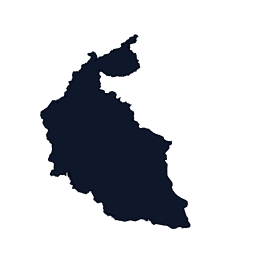 Timor Tengah Utara, Nusa Tenggara Timur, Indonesia, rotated 107°
{"feature_id": "22746128B66987763142599", "entity_name": "Timor Tengah Utara", "entity_type": "district", "adm_level": 2, "iso_a3": "IDN", "parent_name": "Indonesia", "parent_adm1": "Nusa Tenggara Timur", "projection": "robinson", "projection_center": [124.402, -9.341], "detail": "fine", "context": "isolated", "style": "filled", "palette": "ink", "viewbox_px": 256, "rotation_deg": 107, "n_neighbors": 0, "source": "geoboundaries", "source_scale": "gbopen_adm2", "svg_char_len": 5899}
<svg xmlns="http://www.w3.org/2000/svg" viewBox="0 0 256 256"><g transform="rotate(107 128 128)"><path d="M204.1,40.4L202.4,40.7L199.5,44.1L197.7,44.4L196.5,45.4L195.7,46.8L189.1,51.4L187.9,51.4L185.7,49.2L183.5,49.2L181.4,50.0L180.7,51.7L180.0,56.8L178.8,61.0L177.6,63.6L174.9,67.5L172.1,69.5L171.0,69.6L169.9,69.2L167.5,70.3L163.6,75.7L161.9,77.2L155.1,79.4L151.6,80.1L151.5,80.7L150.9,80.7L150.7,80.9L151.1,80.7L150.9,81.1L151.6,81.1L150.7,81.5L148.8,83.8L147.0,83.8L146.8,82.5L146.5,82.3L144.2,83.4L143.5,83.3L141.5,86.1L135.7,83.3L134.6,83.3L133.6,84.2L132.2,83.8L130.8,82.2L129.7,82.2L128.5,82.8L129.0,83.3L129.6,87.6L129.3,88.6L130.1,89.2L128.9,89.8L128.5,90.7L126.7,92.0L126.1,96.3L126.7,97.4L126.0,98.4L126.4,100.2L125.7,101.3L125.8,103.3L125.2,103.6L124.2,106.6L123.4,107.7L123.7,110.2L123.6,112.5L124.3,114.2L125.1,115.2L125.3,116.8L124.5,118.3L123.6,118.7L123.3,119.3L121.5,118.7L121.0,120.0L119.9,120.9L119.5,126.2L119.0,126.0L118.7,126.4L118.4,125.5L117.7,126.2L116.7,125.6L115.6,126.8L113.9,126.6L113.0,127.4L112.6,127.0L111.2,127.8L111.4,128.4L110.8,129.3L110.6,131.1L107.9,133.4L105.5,132.4L105.6,132.9L105.2,133.6L105.5,134.2L105.0,134.7L105.1,136.1L104.7,137.3L104.4,137.2L104.1,137.7L105.2,138.7L106.0,141.3L105.3,142.3L105.6,143.3L103.6,144.6L102.1,144.7L103.8,146.2L104.1,147.4L102.4,149.4L99.8,149.2L99.4,149.3L99.2,150.1L98.3,150.6L98.0,153.7L99.3,155.7L100.3,155.8L101.3,156.7L101.3,157.9L102.0,160.1L101.6,160.9L99.9,161.6L99.5,163.0L100.0,163.6L99.6,164.9L99.9,166.4L99.5,167.3L98.3,167.4L96.5,166.6L95.6,167.7L94.1,167.4L90.3,170.2L86.8,169.5L85.7,172.0L84.7,171.7L84.4,172.1L83.3,172.3L82.0,171.7L81.2,172.1L81.5,168.4L82.2,167.3L82.6,165.3L83.6,163.8L83.2,162.8L83.3,161.5L82.7,161.2L82.5,159.9L83.3,158.1L82.0,155.2L80.3,153.4L80.3,153.0L80.8,152.7L80.8,152.0L80.6,150.9L80.0,150.7L80.2,149.7L79.5,148.1L79.6,147.5L79.2,147.2L78.7,147.4L78.5,146.0L77.5,145.2L77.1,143.0L75.0,142.1L73.5,140.1L72.0,139.3L70.9,137.2L69.8,137.5L66.6,134.8L65.4,135.4L65.1,136.0L63.7,136.2L63.2,138.1L61.8,138.4L60.7,138.1L60.2,139.8L59.1,140.7L56.3,141.6L55.9,142.3L54.9,142.6L54.9,143.2L55.8,144.2L53.3,147.6L53.5,149.3L51.7,150.2L50.6,150.1L50.6,151.5L49.1,150.7L46.8,151.3L45.4,148.6L44.9,148.5L44.6,147.0L43.4,146.0L42.6,146.9L41.7,146.0L41.2,146.9L40.5,146.9L38.0,146.5L37.7,145.8L37.0,146.7L37.0,148.1L37.5,148.9L38.8,149.0L40.1,149.9L40.2,150.9L41.3,152.4L42.8,152.5L43.9,153.3L44.4,153.3L44.4,154.2L46.5,155.1L46.8,154.6L47.3,155.7L48.2,155.9L48.1,156.5L48.8,156.2L49.3,157.0L48.9,157.9L49.4,158.5L50.0,158.6L51.7,157.4L53.5,158.3L54.6,159.3L57.4,164.5L58.6,164.4L59.0,166.0L59.8,166.1L60.1,166.7L63.0,167.2L63.3,168.6L64.0,169.1L64.9,171.4L65.5,171.9L66.2,171.9L67.2,172.9L68.3,173.0L68.0,174.4L68.4,175.2L69.5,176.2L70.6,176.3L71.0,177.5L71.8,178.4L70.0,178.5L68.3,179.4L66.1,181.7L65.7,183.7L66.6,184.1L68.1,185.7L68.4,187.2L68.9,187.7L69.6,187.2L70.0,183.9L70.5,183.3L71.2,183.0L72.1,183.7L73.7,183.9L75.5,185.1L76.3,185.0L76.6,185.5L78.6,185.6L78.5,186.7L78.8,187.3L79.9,187.6L80.3,188.8L80.7,188.8L80.7,189.3L81.7,190.3L82.3,190.2L82.9,189.6L85.9,189.8L87.6,191.2L88.5,190.8L89.4,191.9L89.2,193.1L90.5,195.6L90.3,196.1L90.8,196.4L93.5,196.3L96.2,194.9L97.9,195.3L98.6,194.8L99.4,195.2L101.2,197.7L103.3,195.8L104.3,196.1L104.7,196.8L105.3,196.7L105.9,197.5L106.9,197.1L107.9,198.0L108.8,196.7L111.0,197.0L112.5,198.5L115.7,197.8L116.1,196.9L118.1,199.9L121.7,202.5L122.0,203.5L122.4,203.2L122.8,203.7L123.7,202.5L124.1,202.5L124.1,202.8L124.9,202.1L124.4,203.2L123.8,203.6L124.2,205.4L123.5,205.4L124.1,207.9L132.5,210.8L134.8,213.0L136.3,213.7L136.7,214.7L137.6,214.9L138.3,215.6L139.0,215.0L140.3,215.2L141.6,214.8L143.7,213.0L143.9,211.2L144.8,210.5L147.1,210.8L148.4,210.3L151.4,206.9L152.0,204.2L153.4,203.1L154.4,202.9L158.1,203.7L159.7,203.0L160.3,202.0L161.8,202.1L162.3,201.4L162.7,199.2L164.3,198.2L164.6,197.0L166.2,194.7L167.3,195.1L169.7,193.9L172.5,193.4L174.9,193.6L176.9,194.6L178.6,194.3L180.3,194.7L181.5,194.6L182.3,193.7L182.1,190.0L183.1,187.8L187.3,186.9L189.1,186.1L190.1,186.2L190.8,188.1L194.8,188.6L195.7,187.2L194.4,186.1L194.6,185.2L194.1,184.9L194.9,183.2L194.6,182.5L194.7,181.2L191.9,179.5L191.5,177.0L190.7,175.7L191.2,173.9L190.2,174.1L188.9,174.9L187.3,173.2L187.1,172.3L187.4,171.6L188.8,172.0L188.8,170.9L189.5,170.9L189.7,170.3L190.0,170.8L189.6,171.6L190.9,171.2L191.5,170.6L190.8,170.3L191.1,169.7L191.8,169.6L192.5,167.9L193.0,168.6L193.6,168.5L194.6,166.5L195.7,166.5L196.3,165.7L196.9,166.5L197.5,165.9L198.0,166.4L198.3,164.9L197.8,164.4L198.4,163.6L198.4,162.5L199.1,162.5L199.5,163.1L201.5,163.2L201.4,162.4L200.8,161.5L201.5,159.7L201.1,158.5L202.1,158.5L203.1,156.5L202.3,156.1L203.0,154.8L202.6,153.9L203.0,152.5L202.5,151.9L203.0,151.1L202.6,150.8L203.0,149.2L200.8,147.2L199.2,146.9L198.7,145.9L198.8,144.0L198.4,143.5L199.9,143.6L203.3,140.1L204.6,139.5L205.9,139.7L206.5,139.0L207.2,137.0L208.0,135.7L207.7,135.4L207.9,134.9L207.4,134.8L207.4,133.8L206.1,132.0L206.4,131.5L206.1,130.7L206.6,130.5L206.9,129.8L207.6,129.8L210.6,127.6L211.6,127.9L213.2,126.6L214.9,126.5L214.9,125.5L215.4,125.8L215.7,125.2L215.5,124.9L216.1,124.8L216.6,123.1L216.1,121.7L216.7,122.2L217.3,121.6L216.7,121.4L216.6,119.9L217.0,120.0L216.2,119.5L216.1,118.6L216.8,117.6L216.4,116.8L216.7,116.8L216.6,116.4L217.1,116.5L216.8,116.0L217.1,115.3L217.6,115.3L219.0,112.9L218.7,112.6L218.8,112.3L218.4,111.0L218.5,109.1L218.0,107.5L218.0,104.6L217.6,103.4L214.9,99.0L214.5,94.1L212.4,91.2L210.7,89.7L210.4,86.9L209.9,85.8L210.8,84.6L210.9,82.7L209.0,82.4L208.1,81.2L208.9,80.7L208.8,80.3L209.6,80.5L209.5,80.0L210.0,78.8L211.9,76.8L212.4,75.0L212.1,74.5L210.8,74.6L211.0,74.2L209.9,64.2L209.2,63.2L209.6,62.2L209.3,61.5L209.8,60.3L209.3,59.8L210.3,58.8L210.8,56.2L209.6,53.1L208.7,52.7L207.0,50.3L206.5,48.3L207.3,46.7L206.4,45.6L206.1,43.6L205.2,42.6L205.3,41.6L204.8,41.4L204.1,40.4Z" fill="#0f172a" stroke="#020617" stroke-width="1.5"/></g></svg>